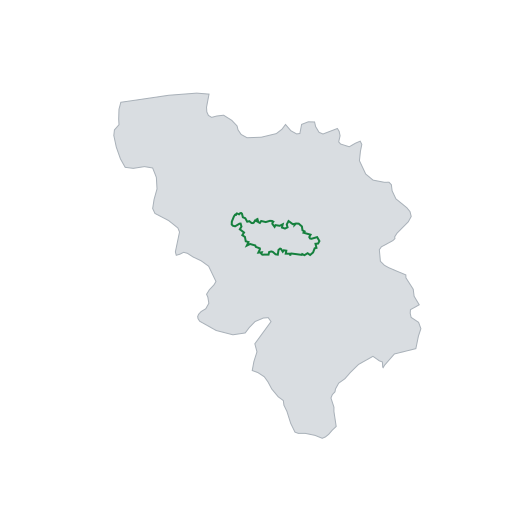 location of Walloon Brabant within Belgium, rotated 22°
{"feature_id": "BEL-3482", "entity_name": "Walloon Brabant", "entity_type": "Province", "adm_level": 1, "iso_a3": "BEL", "parent_name": "Belgium", "parent_adm1": "", "projection": "orthographic", "projection_center": [4.525, 50.668], "detail": "fine", "context": "in_parent", "style": "outline", "palette": "green", "viewbox_px": 512, "rotation_deg": 22, "n_neighbors": 0, "source": "natural_earth", "source_scale": "10m", "svg_char_len": 3423}
<svg xmlns="http://www.w3.org/2000/svg" viewBox="0 0 512 512"><g transform="rotate(22 256 256)"><path d="M234.1,123.0L241.4,126.8L247.9,127.6L250.8,126.0L249.0,116.9L254.2,112.0L260.1,109.8L262.8,113.7L268.1,117.7L272.4,117.8L283.7,107.3L286.4,109.3L288.9,113.0L289.4,116.0L289.9,119.2L292.5,120.5L301.5,119.8L306.0,114.1L309.6,110.5L312.3,112.9L313.6,119.8L316.2,128.9L327.0,138.9L336.1,141.8L347.3,139.6L351.7,137.8L354.8,139.2L357.8,144.6L364.3,150.6L377.9,154.8L382.2,157.2L385.1,161.2L384.4,167.2L378.2,182.0L377.4,186.3L378.3,187.8L377.1,190.5L368.8,200.5L368.0,204.0L370.9,209.6L373.3,214.3L378.5,216.5L383.3,217.1L392.3,217.3L402.0,217.4L403.2,220.1L414.2,227.9L417.7,234.1L425.6,240.1L419.3,247.9L420.4,251.3L422.8,254.8L431.6,256.6L436.1,261.6L436.6,269.4L438.9,282.0L421.0,295.0L416.1,309.1L415.7,311.9L415.1,311.5L412.9,306.9L409.6,307.0L402.0,305.2L391.7,318.1L387.1,328.7L384.4,336.5L380.3,342.9L379.5,349.5L380.1,352.3L378.7,355.9L378.7,359.6L384.9,367.0L386.5,371.0L394.2,384.0L392.0,388.8L390.2,394.1L388.1,397.8L385.7,400.2L377.9,400.2L368.1,402.0L361.6,404.6L358.1,404.7L350.9,398.2L342.9,388.5L337.8,383.9L335.5,379.8L329.3,378.2L320.4,373.4L314.2,368.2L309.0,364.9L301.5,363.4L295.4,363.6L293.6,354.7L292.8,344.5L287.8,337.8L294.5,311.2L290.4,308.6L286.0,310.8L279.7,317.1L276.6,324.7L274.8,331.4L264.1,337.7L247.0,340.0L228.3,337.6L225.8,335.9L224.6,334.0L224.6,331.6L225.9,328.1L229.2,323.7L230.0,317.5L226.7,312.1L224.5,310.0L225.4,304.8L227.9,298.3L228.4,294.6L215.9,283.2L206.9,281.0L198.1,280.5L191.4,279.2L187.5,279.7L184.7,282.9L181.8,285.2L179.7,282.4L176.1,262.4L173.1,259.3L161.8,255.9L146.4,254.4L142.4,250.7L140.3,241.7L139.1,230.9L134.2,220.5L131.7,217.8L127.2,213.1L119.1,214.9L109.4,220.7L103.7,222.2L101.5,222.8L94.0,216.8L85.7,207.4L79.0,197.5L77.5,192.1L79.8,185.6L77.4,180.5L74.0,171.3L73.1,164.1L114.8,139.7L140.0,127.2L151.8,123.5L154.4,136.6L156.4,140.8L159.2,143.5L162.9,144.1L167.2,140.9L173.2,137.6L182.7,139.3L189.7,142.5L192.1,145.8L196.7,148.9L203.4,149.7L216.4,143.9L229.0,134.9L232.6,128.7L234.1,123.0Z" fill="#d9dde1" stroke="#a8b0b8" stroke-width="1"/><path d="M221.6,225.2L222.3,223.7L224.7,223.7L225.4,222.1L226.3,221.7L227.2,222.1L229.3,225.0L231.9,225.0L235.0,227.5L236.8,226.2L239.5,227.1L240.9,226.6L241.5,225.8L241.8,223.5L243.9,223.5L242.8,222.0L243.5,221.2L245.4,223.7L247.2,223.9L247.7,221.6L252.3,220.9L255.7,218.2L257.8,217.5L259.2,217.7L258.8,219.4L259.3,220.2L262.3,222.0L262.5,220.1L266.7,219.1L268.9,216.6L269.4,219.9L272.6,219.7L274.5,217.6L272.7,215.2L273.1,211.4L278.1,212.7L279.8,211.7L280.1,212.8L280.9,210.9L283.5,210.0L287.5,211.4L289.5,214.8L291.8,215.0L291.4,216.6L298.6,215.8L298.3,218.5L299.5,219.5L300.9,219.3L305.6,215.6L309.2,218.4L308.9,221.2L306.6,222.4L309.0,225.8L307.5,226.9L307.6,231.3L305.8,234.8L302.8,234.1L300.6,237.1L298.1,236.9L298.0,237.8L287.7,240.5L287.3,241.0L287.6,242.8L286.6,241.2L282.7,242.7L282.1,239.7L279.6,240.3L279.2,242.0L276.5,240.1L275.6,240.1L274.6,241.9L275.7,246.6L273.5,247.1L270.0,245.9L268.4,246.1L266.7,247.4L267.1,250.0L261.3,252.4L259.9,251.8L260.0,250.4L256.9,252.0L257.1,248.3L256.7,247.5L252.4,247.6L251.4,246.5L246.0,247.1L243.6,249.8L243.8,245.9L241.0,246.2L238.6,242.5L235.5,241.8L236.1,238.7L231.0,237.3L231.5,234.2L229.6,231.7L228.6,232.2L225.5,236.3L223.3,236.6L221.7,235.9L220.7,233.2L220.7,227.7L221.1,225.7L222.8,225.2L221.6,225.2Z" fill="none" stroke="#15803d" stroke-width="2"/></g></svg>